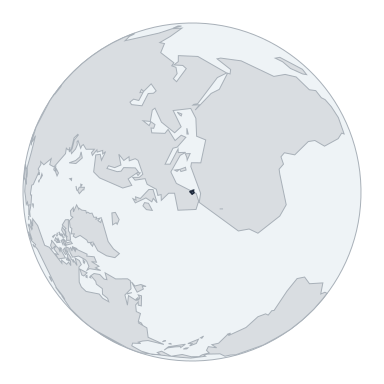 the Earth from above Murcia, rotated 266°
{"feature_id": "ESP-5836", "entity_name": "Murcia", "entity_type": "Autonomous Community", "adm_level": 1, "iso_a3": "ESP", "parent_name": "Spain", "parent_adm1": "", "projection": "orthographic", "projection_center": [-1.387, 38.068], "detail": "fine", "context": "on_globe", "style": "filled", "palette": "slate", "viewbox_px": 384, "rotation_deg": 266, "n_neighbors": 0, "source": "natural_earth", "source_scale": "10m", "svg_char_len": 10454}
<svg xmlns="http://www.w3.org/2000/svg" viewBox="0 0 384 384"><g transform="rotate(266 192 192)"><circle cx="192" cy="192" r="169" fill="#eef3f6" stroke="#a8b0b8"/><path d="M48.1,280.6L43.8,272.5L40.4,265.6L34.4,252.4L26.6,224.5L26.7,219.1L25.9,213.4L28.6,208.7L29.2,196.3L28.6,192.4L27.2,194.1L26.4,179.3L28.0,168.3L35.2,129.5L38.0,122.8L41.3,116.2L60.2,86.8L44.3,110.0L48.5,102.7L55.0,93.1L64.6,81.3L70.7,74.6L84.0,62.7L97.8,54.7L93.6,57.8L97.4,55.9L103.0,52.1L105.7,50.2L126.4,41.7L145.7,33.9L149.1,31.4L150.5,32.3L155.1,28.1L163.9,25.7L155.6,28.6L156.0,29.1L162.8,27.3L164.7,27.5L169.0,26.9L170.7,27.5L165.7,29.6L166.7,30.1L171.4,28.9L176.0,29.0L168.9,30.7L176.3,31.2L169.3,35.7L149.1,41.3L146.8,45.8L130.0,57.2L133.1,57.2L128.7,62.0L130.7,64.0L127.0,66.0L131.7,65.9L134.7,63.8L137.7,63.2L139.2,64.2L134.7,66.8L133.4,66.6L132.8,67.9L130.0,68.8L132.2,69.0L126.7,72.2L134.2,70.8L131.5,74.8L127.3,76.5L125.1,74.0L109.9,73.2L105.0,75.0L100.2,79.4L96.7,92.3L92.3,95.4L88.3,101.3L91.8,100.4L96.3,95.6L101.9,95.8L106.7,90.2L109.7,89.7L115.6,85.3L117.5,88.6L116.1,94.3L111.3,98.2L110.5,101.0L117.4,99.7L110.6,109.8L109.9,121.7L107.8,124.3L99.7,124.4L94.0,117.9L83.6,119.7L93.1,121.4L87.8,128.5L88.1,131.1L90.0,132.6L93.1,131.2L91.9,134.4L81.9,133.5L82.9,130.5L86.1,130.7L83.3,127.9L76.6,128.1L74.4,132.1L66.6,129.4L64.9,132.3L62.3,133.6L65.5,129.0L59.6,137.5L50.1,138.1L41.9,153.3L46.9,137.7L46.8,132.5L46.0,128.0L44.5,130.3L45.4,122.2L42.8,121.2L36.8,130.3L32.6,141.3L32.1,148.9L34.3,146.2L35.3,150.5L29.6,159.9L30.6,170.9L27.7,179.9L27.3,187.6L28.9,190.8L30.3,197.9L33.0,195.4L36.6,197.5L34.9,205.7L38.3,201.2L39.3,208.0L47.5,217.7L46.4,218.8L53.1,236.5L63.0,249.1L65.3,256.9L63.9,259.4L68.0,263.3L68.1,265.6L86.7,280.0L98.3,290.8L99.3,298.4L92.3,302.8L92.2,316.2L81.3,313.3L82.7,317.6L81.5,319.6L74.3,313.2L77.4,316.1L66.5,305.2L56.8,293.3L48.1,280.6ZM39.3,157.7L40.6,174.8L37.6,169.9L38.6,169.7L38.7,164.3L38.2,156.8L36.2,153.2L39.3,157.7ZM45.1,154.3L44.7,152.0L45.4,153.7L45.1,154.3ZM106.6,49.3L102.9,52.1L97.2,55.7L100.1,53.3L106.6,49.3ZM117.8,43.6L116.5,44.7L112.4,46.0L114.4,45.0L117.8,43.6ZM151.1,29.8L147.8,31.0L150.4,29.8L151.1,29.8ZM169.3,26.8L169.7,26.4L171.8,26.3L169.3,26.8ZM114.2,83.9L114.9,84.6L113.4,85.0L114.2,83.9ZM116.1,81.4L113.9,81.4L114.5,80.3L115.8,80.3L116.1,81.4ZM176.2,27.2L179.5,27.3L175.3,27.5L176.2,27.2ZM118.7,81.7L115.8,78.2L116.9,76.3L122.9,74.8L118.7,81.7ZM180.8,27.6L188.8,28.2L190.3,27.4L190.5,30.5L183.7,28.7L178.3,28.9L181.2,28.2L180.8,27.6ZM135.0,62.7L131.9,65.0L133.2,62.1L135.0,62.7ZM135.1,61.1L134.6,54.0L139.9,51.4L139.0,54.2L144.8,50.3L147.6,52.5L145.1,55.1L141.1,56.3L145.2,56.3L135.1,61.1ZM189.4,32.2L190.6,32.9L188.4,32.6L189.4,32.2ZM139.1,62.7L138.5,61.4L143.1,59.0L145.0,61.2L142.9,61.3L139.1,62.7ZM145.0,48.4L148.7,47.2L152.0,48.6L153.9,48.4L148.1,52.4L145.0,48.4ZM142.6,62.4L145.9,62.5L145.0,64.7L139.9,63.9L142.6,62.4ZM143.4,57.5L145.7,56.5L145.0,57.8L143.4,57.5ZM143.8,72.9L143.1,71.1L145.4,69.7L143.8,72.9ZM147.2,62.4L147.4,61.7L148.3,61.0L150.2,61.6L147.2,62.4ZM150.9,53.2L151.4,54.1L153.4,51.6L155.9,52.8L151.6,55.3L154.5,54.7L155.3,55.1L151.0,56.8L150.9,53.2ZM154.6,60.1L150.0,64.1L151.0,67.7L148.9,69.0L147.8,63.1L154.6,60.1ZM152.8,58.0L153.5,59.6L150.6,60.3L148.5,59.6L152.8,58.0ZM159.2,52.7L156.4,50.3L157.4,49.8L159.2,52.7ZM155.5,61.0L156.5,60.0L155.8,61.2L155.5,61.0ZM158.7,55.0L157.5,54.2L158.7,53.7L158.7,55.0ZM159.7,58.9L158.2,60.2L156.6,59.7L159.7,58.9ZM159.7,57.0L161.6,56.6L157.0,58.8L158.9,56.7L159.7,57.0ZM160.0,54.7L160.3,54.1L160.3,55.1L160.0,54.7ZM166.3,60.2L160.9,63.1L157.5,62.0L163.2,59.3L166.3,60.2ZM298.9,61.1L299.4,61.6L296.4,59.3L303.0,65.0L299.0,61.9L306.0,68.3L307.8,69.4L303.5,65.2L311.3,72.5L311.7,72.8L320.0,81.8L327.7,91.3L334.6,101.4L340.8,112.0L346.2,123.0L350.8,134.4L354.6,146.0L351.8,138.4L353.6,145.5L351.7,140.6L347.6,135.8L349.1,146.0L352.8,170.0L356.3,183.7L356.2,193.4L348.8,181.4L343.3,170.3L342.0,174.9L333.2,170.5L322.2,182.9L319.3,180.6L317.5,184.7L311.1,185.4L306.3,181.3L303.1,184.3L315.5,194.9L318.9,191.6L320.0,182.7L323.0,187.4L329.0,187.9L326.8,207.3L308.3,234.9L304.4,225.3L279.7,203.8L279.3,199.9L279.1,199.6L278.6,198.9L278.5,205.6L273.5,200.9L289.0,218.0L292.5,226.4L308.1,235.8L307.1,238.2L311.5,239.1L323.1,226.3L323.6,229.9L319.4,250.2L301.6,281.7L302.8,293.1L299.5,303.9L285.8,316.2L284.5,322.5L277.0,327.6L274.9,331.2L267.4,336.9L256.0,343.2L239.3,347.8L240.3,345.4L235.0,341.5L228.5,327.4L234.8,318.2L234.2,311.5L221.9,297.1L224.7,286.9L220.9,283.2L213.4,285.2L208.7,280.5L203.9,280.8L172.7,285.1L161.9,277.9L146.3,254.9L151.1,246.4L149.9,235.5L181.1,198.5L190.1,200.5L217.4,192.6L221.2,193.5L220.5,202.8L243.0,209.3L247.3,200.5L265.2,201.0L275.4,196.6L274.6,178.9L257.8,185.7L252.3,178.8L263.8,166.4L278.2,160.9L276.5,158.1L265.3,155.3L266.5,148.1L261.2,153.9L265.0,155.9L261.8,159.8L258.2,158.2L258.7,155.6L253.8,156.0L252.4,169.1L256.1,172.5L244.5,178.7L249.4,185.2L247.0,189.7L237.8,180.4L237.0,176.1L221.6,167.1L221.3,172.1L235.9,181.1L232.3,181.0L232.0,188.4L229.4,182.8L213.5,172.3L201.7,177.0L190.2,196.1L182.5,198.0L174.3,194.8L174.8,176.7L192.0,174.5L192.4,168.6L185.8,160.8L191.6,161.0L191.0,157.7L197.2,156.6L202.8,147.8L208.6,146.1L207.8,136.0L210.7,133.9L210.3,140.4L213.2,144.2L227.3,140.4L229.2,137.7L227.5,131.6L231.6,131.6L228.2,126.2L234.8,121.6L223.9,123.0L221.7,116.6L224.0,110.5L221.4,108.8L217.5,118.8L217.7,122.7L221.1,125.5L220.0,137.1L215.8,139.9L209.5,129.2L202.8,132.4L200.8,123.2L212.5,100.8L218.9,95.3L235.7,98.6L236.0,103.1L230.0,103.9L238.3,108.6L236.3,105.5L239.7,105.8L238.4,100.2L240.7,100.1L235.5,95.2L238.3,94.5L241.5,97.6L242.0,89.4L246.9,86.9L245.8,85.2L243.4,84.0L251.2,81.9L250.1,80.8L247.1,80.9L243.0,78.8L238.7,74.5L241.6,74.0L243.6,75.5L252.1,78.2L256.8,82.6L257.5,82.1L254.2,78.1L243.8,74.8L240.4,72.3L245.3,73.3L243.3,72.7L242.5,71.4L244.5,69.7L239.1,68.5L226.6,56.0L229.3,52.0L235.1,53.9L229.5,46.1L232.9,43.2L230.1,43.2L225.6,40.1L224.4,40.9L222.8,40.7L210.6,34.2L210.0,32.6L201.6,30.7L200.2,30.8L200.2,31.8L190.5,30.5L190.3,27.4L193.5,27.2L191.2,25.8L198.9,25.6L204.2,25.2L214.1,26.5L217.4,26.3L216.1,25.9L219.6,25.7L231.5,27.8L227.7,28.1L211.0,27.4L218.4,27.6L218.4,28.3L222.1,29.0L227.1,29.3L226.6,28.8L243.6,34.8L259.1,39.8L253.8,36.6L254.6,36.0L267.6,41.0L293.1,56.6L293.4,56.9L298.9,61.1ZM173.2,218.4L173.0,221.8L173.2,218.4ZM295.4,163.3L302.7,158.8L295.8,150.9L297.9,148.7L294.8,147.0L295.2,150.4L287.0,145.3L288.7,140.2L286.0,136.4L283.4,137.8L281.5,148.1L293.3,155.2L293.2,160.5L295.4,163.3ZM47.8,217.9L48.6,220.6L47.1,219.1L47.8,217.9ZM35.9,172.4L36.8,174.7L36.8,177.1L35.9,175.9L35.9,172.4ZM46.0,190.4L47.5,193.5L45.4,191.6L46.0,190.4ZM41.1,177.3L44.7,188.2L40.6,185.7L38.6,178.9L40.7,181.6L41.1,177.3ZM42.3,158.0L42.5,159.9L41.6,161.0L42.3,158.0ZM45.6,155.6L45.4,155.2L45.7,153.3L45.6,155.6ZM88.4,128.6L89.1,128.8L90.5,130.8L88.8,130.9L88.4,128.6ZM103.3,134.5L101.0,139.6L101.5,135.8L98.6,136.7L95.9,130.3L106.6,125.3L102.2,128.5L103.3,134.5ZM95.3,120.8L95.8,125.1L94.9,120.6L95.3,120.8ZM181.6,142.1L184.7,143.9L183.8,147.8L176.4,151.1L177.6,145.3L181.6,142.1ZM189.3,145.6L185.1,134.7L189.5,132.6L187.8,135.6L191.1,135.3L189.1,140.0L197.5,149.1L197.2,153.3L183.7,156.4L188.3,152.9L185.0,151.2L189.3,145.6ZM166.6,114.2L164.8,110.5L176.7,110.6L177.0,114.1L169.6,117.4L165.0,115.1L166.6,114.2ZM129.8,80.3L128.3,79.5L129.5,78.7L131.8,78.7L129.8,80.3ZM143.3,72.2L137.3,83.0L135.4,82.6L134.2,89.9L128.6,91.8L129.6,86.9L124.4,94.0L123.0,90.4L120.1,95.5L122.7,84.5L121.3,81.8L125.0,84.0L130.2,82.2L132.0,80.7L136.0,74.5L135.4,68.3L140.5,66.0L144.2,66.0L145.1,67.1L141.5,68.2L145.3,68.9L140.9,71.4L143.3,72.2ZM184.9,72.5L180.4,72.4L187.2,76.0L182.8,77.8L183.8,78.1L181.6,80.8L180.8,84.8L178.4,85.2L179.2,86.6L177.7,88.6L177.9,90.8L173.7,92.3L173.5,95.1L171.6,94.3L172.5,98.8L170.0,96.2L167.9,98.8L171.5,100.0L148.4,104.9L140.7,109.7L135.6,115.3L131.9,110.5L134.3,102.4L140.0,93.9L147.9,90.3L144.8,89.0L147.7,87.0L148.9,88.8L148.7,84.8L151.4,83.7L156.5,77.3L154.5,72.7L156.3,70.4L158.4,71.7L158.7,68.6L164.0,69.6L165.4,68.0L172.0,67.7L175.2,71.4L176.6,69.5L181.6,69.4L184.9,72.5ZM168.2,60.3L173.1,63.8L173.1,66.7L161.7,66.1L159.7,67.3L152.4,67.5L152.5,63.5L154.6,63.8L156.6,63.1L155.8,64.6L158.0,63.0L160.9,63.4L163.5,62.3L164.4,63.7L168.2,60.3ZM224.1,189.4L226.7,189.3L230.6,188.0L230.5,192.8L224.1,189.4ZM213.2,182.4L215.4,181.4L217.1,187.2L214.3,187.6L213.2,182.4ZM215.1,176.1L215.4,180.9L213.6,178.5L215.1,176.1ZM212.2,139.3L214.4,138.0L215.2,139.3L214.7,141.7L212.2,139.3ZM204.2,85.0L201.6,84.2L201.9,83.3L198.2,79.5L201.2,78.1L204.6,79.8L204.2,85.0ZM272.6,182.9L270.5,187.3L268.6,186.5L269.7,185.1L272.6,182.9ZM250.2,191.0L256.0,191.3L250.1,192.3L250.2,191.0ZM206.9,82.9L205.0,81.4L207.6,81.6L206.9,82.9ZM203.2,76.9L206.1,76.7L201.1,77.5L203.2,76.9ZM320.2,289.0L306.7,310.7L301.1,314.5L302.0,310.7L308.4,298.8L315.6,291.5L319.7,284.4L320.2,289.0ZM356.7,184.4L358.6,189.6L358.3,193.1L356.7,184.4ZM229.7,71.5L231.5,78.1L234.8,82.5L239.8,84.2L233.6,84.9L228.5,78.1L229.7,71.5ZM226.7,57.8L222.4,56.8L223.7,55.7L224.8,55.8L226.7,57.8ZM224.5,58.3L220.3,60.1L217.5,58.5L221.4,57.4L224.5,58.3ZM213.8,70.9L214.1,72.9L212.0,72.6L213.8,70.9ZM259.5,37.1L261.1,37.9L252.7,35.6L249.8,34.8L253.9,34.9L255.9,35.8L258.7,36.9L259.3,37.0L259.5,37.1ZM191.9,32.4L190.7,32.8L190.7,32.2L191.9,32.4ZM222.3,41.3L220.0,41.0L220.0,40.0L222.3,41.3ZM213.7,39.7L215.2,40.9L212.3,39.8L213.7,39.7ZM219.0,43.9L215.3,41.5L220.6,43.5L219.0,43.9Z" fill="#d9dde1" stroke="#a8b0b8" stroke-width="1"/><path d="M193.5,192.6L193.5,192.8L193.4,192.7L193.3,192.9L193.2,193.0L193.3,193.1L193.5,193.3L193.5,193.2L193.6,193.3L193.4,193.4L193.2,193.4L193.2,193.5L193.0,193.4L192.9,193.4L192.7,193.4L192.6,193.5L192.4,193.5L192.4,193.4L192.3,193.5L192.2,193.5L191.9,193.7L191.8,193.8L191.7,193.9L191.5,194.0L191.4,194.0L191.2,193.9L190.9,193.8L190.6,193.3L190.6,193.2L190.6,192.9L190.6,192.7L190.4,192.5L190.2,192.5L190.1,192.4L189.9,192.3L189.9,192.2L189.9,191.9L190.0,191.8L190.1,191.7L190.3,191.5L190.4,191.4L190.5,191.3L190.8,191.3L190.9,191.2L191.1,191.2L191.3,191.1L191.4,191.3L191.6,191.2L191.8,191.1L191.8,190.9L191.8,190.7L191.7,190.7L191.8,190.5L191.8,190.4L192.0,190.2L192.3,190.1L192.5,190.0L192.8,190.3L192.9,190.5L192.8,190.8L192.7,190.9L192.7,191.0L192.8,191.2L192.9,191.3L193.0,191.4L193.0,191.5L192.9,191.6L192.8,191.8L192.8,192.0L193.0,192.2L193.0,192.3L193.2,192.5L193.3,192.6L193.5,192.6L193.5,192.6ZM193.5,192.9L193.5,193.0L193.5,192.9L193.5,192.9Z" fill="#64748b" stroke="#1e293b" stroke-width="1.5"/></g></svg>